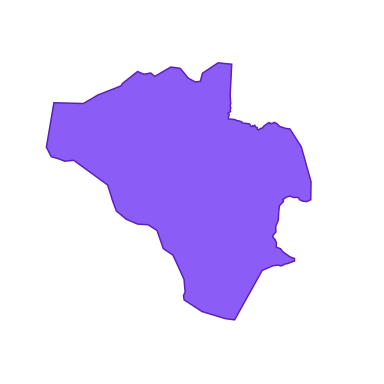 outline of Nasarawa Egon, Nassarawa, Nigeria, rotated 68°
{"feature_id": "59680162B44675208679717", "entity_name": "Nasarawa Egon", "entity_type": "district", "adm_level": 2, "iso_a3": "NGA", "parent_name": "Nigeria", "parent_adm1": "Nassarawa", "projection": "equal_earth", "projection_center": [8.399, 8.72], "detail": "fine", "context": "isolated", "style": "filled", "palette": "violet", "viewbox_px": 384, "rotation_deg": 68, "n_neighbors": 0, "source": "geoboundaries", "source_scale": "gbopen_adm2", "svg_char_len": 2027}
<svg xmlns="http://www.w3.org/2000/svg" viewBox="0 0 384 384"><g transform="rotate(68 192 192)"><path d="M57.5,286.6L95.9,310.2L106.5,309.3L111.8,302.6L115.7,298.6L118.3,289.8L153.9,267.6L164.3,268.4L169.8,268.9L181.3,269.2L188.2,265.5L189.3,264.9L192.6,263.2L201.4,254.4L206.0,244.9L211.1,241.3L214.7,238.8L221.6,239.2L233.8,239.8L243.4,233.3L253.1,232.8L270.0,232.1L275.8,233.9L282.3,235.9L284.8,238.7L289.1,239.7L306.6,227.5L311.6,221.3L321.8,208.7L326.5,200.4L291.0,156.3L290.9,151.2L290.7,144.7L292.1,139.1L293.5,137.9L294.0,136.1L293.6,133.0L294.1,130.6L294.4,122.8L292.1,121.9L288.8,125.5L283.5,128.8L281.4,130.2L277.8,131.2L274.5,134.6L270.8,132.7L266.7,132.9L264.7,133.9L262.6,133.3L260.5,129.2L255.2,127.2L250.4,122.5L243.1,119.1L237.7,116.2L236.5,114.1L235.1,110.7L233.1,110.5L232.1,106.3L232.5,102.7L235.4,99.5L236.0,97.3L237.1,95.5L239.7,95.0L242.0,92.7L243.8,89.5L243.7,84.8L227.1,77.8L212.9,76.2L191.7,73.8L191.2,73.8L189.1,74.1L186.3,74.6L182.8,75.3L173.3,77.0L170.2,77.6L168.0,81.5L163.9,86.3L160.2,87.8L159.3,88.9L158.4,89.3L158.4,90.3L158.4,92.0L158.1,93.2L157.5,94.1L156.7,94.1L156.6,95.1L156.7,96.5L157.2,98.0L157.6,99.8L157.9,101.1L158.9,102.2L159.0,102.8L158.9,103.7L158.8,104.9L159.4,106.9L158.3,108.0L157.8,108.0L157.1,107.4L156.5,107.5L155.6,108.6L153.6,108.8L153.6,109.2L154.1,109.7L154.1,110.2L154.1,110.9L153.6,111.0L153.2,111.1L153.6,112.3L152.7,113.1L151.1,112.9L150.1,113.6L149.1,115.4L147.9,117.5L147.4,118.7L146.3,119.6L145.3,119.8L144.5,120.9L143.7,121.8L143.1,122.8L142.5,123.8L141.1,124.9L140.2,126.5L139.2,128.2L138.5,129.8L137.9,130.8L137.2,130.7L134.1,128.5L133.4,128.6L132.5,129.1L132.2,127.8L131.8,126.1L131.3,126.1L130.1,125.7L129.3,125.0L127.9,124.3L126.3,124.4L124.5,122.9L123.2,122.6L120.4,121.6L117.5,120.8L88.4,107.3L82.0,119.5L85.8,137.8L92.5,142.8L91.2,147.7L85.1,152.8L72.9,156.6L68.2,164.9L70.9,183.2L66.2,185.7L64.8,192.4L59.9,197.4L63.4,209.3L65.2,215.5L67.0,218.2L66.8,242.8L68.4,253.5L69.3,259.5L57.5,286.6Z" fill="#8b5cf6" stroke="#5b21b6" stroke-width="1.5"/></g></svg>